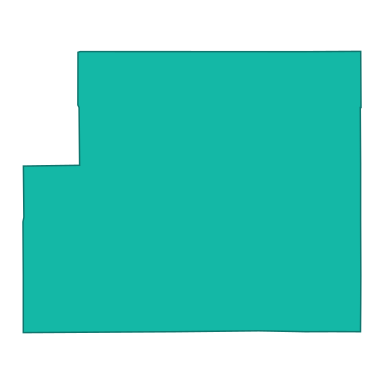 the district of Sedgwick, Kansas, United States of America
{"feature_id": "52423323B55093132194862", "entity_name": "Sedgwick", "entity_type": "district", "adm_level": 2, "iso_a3": "USA", "parent_name": "United States of America", "parent_adm1": "Kansas", "projection": "natural_earth1", "projection_center": [-97.425, 37.693], "detail": "fine", "context": "isolated", "style": "filled", "palette": "teal", "viewbox_px": 384, "rotation_deg": 0, "n_neighbors": 0, "source": "geoboundaries", "source_scale": "gbopen_adm2", "svg_char_len": 453}
<svg xmlns="http://www.w3.org/2000/svg" viewBox="0 0 384 384"><path d="M23.3,332.6L174.3,331.7L258.8,330.8L296.3,331.5L305.1,331.7L332.3,331.6L360.5,331.7L360.7,303.7L360.8,275.6L360.6,219.6L360.6,200.9L360.6,182.2L360.6,172.9L360.6,163.5L360.3,107.5L361.0,107.5L360.7,51.4L303.8,51.7L80.3,51.6L78.0,52.3L77.9,105.0L79.1,107.5L79.6,165.3L23.4,166.1L23.9,217.3L23.0,221.9L23.3,276.4L23.3,332.6Z" fill="#14b8a6" stroke="#0f766e" stroke-width="1.5"/></svg>